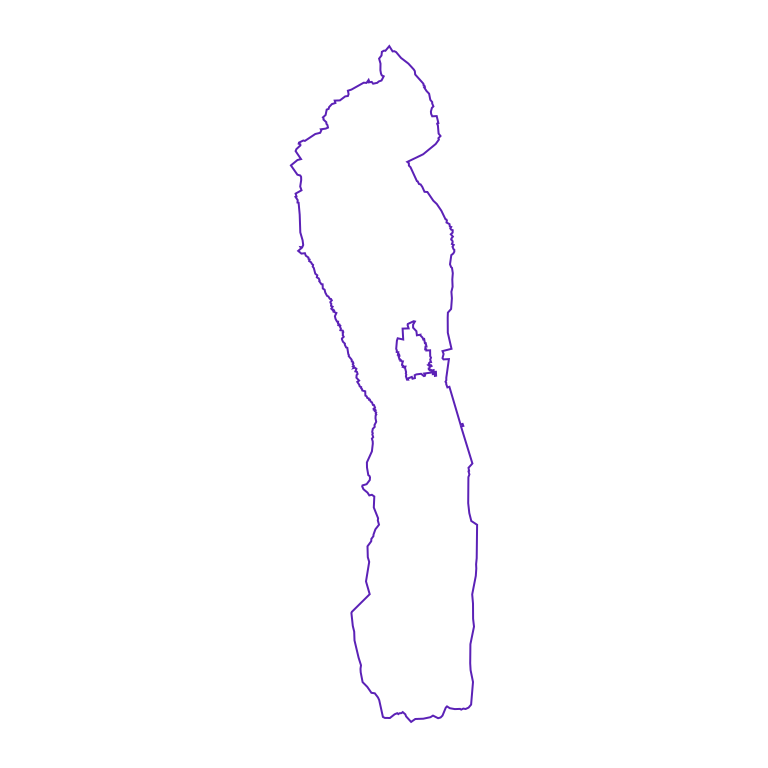 Ucea, Brasov, Romania
{"feature_id": "2599482B38717766097303", "entity_name": "Ucea", "entity_type": "district", "adm_level": 2, "iso_a3": "ROU", "parent_name": "Romania", "parent_adm1": "Brasov", "projection": "albers", "projection_center": [24.681, 45.719], "detail": "fine", "context": "isolated", "style": "outline", "palette": "violet", "viewbox_px": 768, "rotation_deg": 0, "n_neighbors": 0, "source": "geoboundaries", "source_scale": "gbopen_adm2", "svg_char_len": 6061}
<svg xmlns="http://www.w3.org/2000/svg" viewBox="0 0 768 768"><path d="M471.1,704.6L473.0,682.0L470.6,670.2L470.2,663.3L470.4,644.2L474.0,626.6L473.1,618.8L473.0,603.6L472.2,594.4L475.8,575.9L476.3,568.6L476.1,564.2L476.7,558.2L477.1,524.8L471.3,521.0L469.3,513.1L468.2,503.2L468.4,477.1L469.4,474.4L468.5,471.3L469.1,470.9L468.5,467.8L472.4,463.5L461.0,426.4L463.3,425.9L462.6,423.9L460.5,424.4L449.4,386.8L447.4,387.4L446.2,384.1L446.2,382.7L445.5,381.8L446.3,380.3L446.3,377.7L448.9,359.1L443.5,359.4L442.5,358.1L443.6,354.0L442.5,351.1L451.5,348.8L447.8,332.7L447.7,317.7L447.9,312.6L451.1,309.0L451.9,298.3L451.4,291.8L452.6,286.8L452.3,279.5L452.8,273.2L452.0,267.9L451.1,267.1L450.0,264.3L451.3,255.1L453.3,253.5L454.3,251.7L454.3,249.8L453.6,249.3L452.5,246.8L453.7,244.9L451.9,244.0L452.7,242.0L452.3,240.6L451.2,239.6L451.4,238.5L452.9,236.6L450.8,234.3L452.6,232.6L452.7,230.2L451.1,229.6L450.3,228.4L451.2,227.0L449.8,226.4L449.5,224.1L446.5,222.5L446.9,220.5L446.4,219.5L445.5,219.3L441.4,210.8L436.8,204.0L433.3,200.7L427.4,192.0L424.5,191.8L422.3,186.9L420.6,184.4L419.0,184.0L417.7,181.4L416.9,181.1L410.5,167.2L408.9,165.6L408.9,163.2L407.3,161.9L423.1,154.3L435.7,144.0L438.9,139.6L438.4,138.2L440.5,136.0L438.6,133.6L437.9,125.5L437.2,123.9L438.3,123.3L437.9,122.5L438.2,122.3L436.7,116.1L432.2,116.3L431.1,113.8L430.9,111.6L431.9,107.9L433.4,106.4L432.2,103.5L432.2,102.1L430.3,99.8L429.1,93.7L426.6,91.1L424.1,87.3L424.9,87.0L424.4,85.6L423.5,85.1L423.4,83.7L415.2,74.5L414.8,71.1L413.8,69.5L408.4,63.6L401.0,57.9L396.1,52.1L394.3,51.2L392.6,51.4L389.3,46.1L385.4,50.8L384.1,50.6L381.9,51.8L381.5,55.5L379.1,58.6L380.5,63.6L380.4,70.2L381.0,73.6L381.8,75.4L383.7,76.3L381.5,80.5L378.7,81.5L377.3,82.8L373.1,83.7L371.7,81.9L368.6,82.4L368.0,81.5L368.9,80.7L368.6,79.9L366.5,82.9L363.7,82.7L351.4,89.6L347.9,90.7L348.6,94.1L347.9,96.0L345.2,96.4L339.9,100.4L334.7,100.6L335.4,103.0L331.9,104.1L329.1,107.1L328.6,108.9L326.7,109.6L325.6,115.0L322.9,117.4L323.5,118.2L323.5,119.6L326.3,122.2L326.4,123.8L327.4,125.0L328.0,127.6L325.7,128.6L320.9,129.3L321.4,130.1L320.2,132.8L315.3,134.0L304.9,140.9L303.3,140.5L299.0,142.6L298.7,143.7L300.3,144.3L300.4,145.4L296.4,149.1L295.6,151.1L301.0,159.1L297.5,160.0L290.9,165.4L297.4,174.7L300.3,175.5L301.1,176.9L301.2,180.0L300.2,186.5L301.5,190.3L295.6,193.6L296.5,196.5L295.5,196.9L297.7,200.1L297.5,202.5L298.6,202.7L299.7,214.7L300.3,232.4L302.6,240.3L303.2,245.0L302.2,247.3L300.5,247.1L301.2,248.3L298.2,250.9L301.4,253.6L304.9,253.2L305.8,255.7L308.4,257.5L308.5,258.9L309.6,259.5L309.1,261.0L311.2,262.4L311.7,263.7L313.1,264.9L312.7,266.6L313.8,268.0L315.3,273.7L317.3,275.3L316.8,277.3L318.8,278.5L319.6,280.5L319.2,281.1L321.4,284.2L322.6,284.3L322.8,288.5L324.6,289.7L325.3,292.6L327.0,295.8L328.4,296.5L329.8,298.8L331.0,299.0L331.8,300.4L330.5,301.7L330.4,302.6L331.3,303.7L331.0,305.8L332.6,306.7L331.3,308.7L332.8,310.2L332.8,309.6L333.5,309.7L334.2,310.8L333.6,311.7L336.4,313.0L334.9,316.2L335.5,318.8L337.0,321.6L338.1,321.7L338.0,323.7L339.3,324.4L338.6,325.3L340.3,325.8L340.0,326.8L340.9,328.6L340.4,330.2L342.8,330.7L343.3,332.1L342.6,332.9L343.0,334.0L342.7,335.1L343.7,336.8L341.9,338.5L341.9,339.2L342.9,341.7L344.9,343.6L344.8,344.7L346.1,347.4L347.3,347.8L348.3,354.1L348.9,355.1L348.7,356.1L351.6,359.6L351.8,361.5L352.7,361.6L353.4,363.2L352.7,364.1L353.8,365.9L352.9,366.6L354.1,367.5L353.7,368.0L354.8,367.7L356.4,368.8L355.4,371.4L356.9,371.8L357.6,374.0L356.6,375.1L356.4,377.7L359.1,380.6L357.3,381.9L359.2,384.7L359.7,386.4L361.2,387.1L361.2,388.4L361.9,388.9L362.3,390.5L365.2,391.3L365.4,395.6L366.6,396.3L367.4,398.1L368.7,398.4L369.1,399.8L369.9,399.7L370.7,401.6L372.0,402.4L372.9,404.9L373.9,405.0L375.0,407.5L373.7,408.8L374.7,409.3L374.2,409.9L375.5,410.4L374.9,411.2L376.2,412.5L375.7,413.8L376.3,414.5L375.6,415.7L375.5,418.3L376.2,421.8L374.5,425.0L374.7,426.9L372.8,428.8L372.2,432.0L372.8,433.2L372.3,434.4L373.2,437.1L371.9,438.7L372.7,441.3L372.8,443.7L371.9,451.4L366.9,462.4L367.0,467.5L368.3,475.1L369.5,476.0L370.0,477.4L369.8,480.0L366.6,484.2L362.5,485.4L362.2,486.5L363.5,489.3L367.5,492.6L369.3,495.4L371.9,494.8L374.3,496.5L373.8,507.5L378.1,518.3L377.8,520.4L379.0,524.7L375.4,529.3L373.5,534.6L373.4,536.2L371.4,538.8L371.2,541.3L367.5,546.3L367.8,557.2L369.2,561.9L366.0,581.4L369.7,594.2L351.9,611.8L351.4,613.0L352.8,625.9L354.2,631.7L354.5,640.4L358.6,657.7L361.0,665.3L360.5,668.8L360.7,672.3L362.6,682.1L367.3,686.9L371.4,692.8L374.8,693.3L378.0,697.5L379.2,700.1L382.9,716.9L384.8,717.9L389.9,718.0L394.6,714.3L397.2,713.2L398.3,714.1L399.4,713.3L401.5,713.1L402.7,712.1L405.3,714.3L406.1,716.4L411.1,721.9L415.3,719.0L423.3,718.7L430.4,717.2L433.0,715.6L438.1,718.2L440.6,717.5L442.5,715.6L445.8,707.6L447.0,706.4L449.8,708.2L454.8,709.1L460.0,708.9L461.2,709.6L463.3,708.6L465.6,709.0L468.6,707.6L471.1,704.6ZM413.7,321.2L414.9,321.5L413.1,324.6L413.1,327.7L416.4,331.2L416.9,335.3L420.4,334.7L420.3,335.3L422.6,337.7L423.3,339.5L424.2,339.1L424.9,343.2L425.7,343.1L426.5,346.5L425.5,346.6L425.2,349.3L426.2,349.3L426.3,350.5L430.1,350.3L430.2,356.2L431.0,357.7L430.2,359.6L431.0,362.1L429.9,362.2L428.9,363.3L429.4,364.4L428.2,365.0L429.4,365.9L430.9,365.2L431.5,366.0L429.7,366.9L429.4,368.3L428.7,368.5L428.8,369.4L430.5,369.8L430.2,370.4L431.0,370.6L433.6,370.1L433.6,370.9L432.6,371.0L432.6,372.0L435.9,371.8L436.1,375.7L434.9,375.9L434.6,373.8L432.9,374.1L433.1,372.7L432.7,372.4L424.3,373.5L425.2,374.8L424.9,375.8L423.9,376.1L421.1,373.8L416.4,374.4L414.7,375.2L414.9,378.1L412.5,378.7L411.8,376.9L407.6,378.6L408.1,379.7L407.0,379.7L405.9,376.2L406.3,374.7L405.8,373.4L406.1,372.2L405.0,367.7L405.4,366.6L404.6,366.6L404.5,368.5L404.4,367.2L402.7,366.9L403.0,365.6L402.0,365.0L402.0,364.4L402.8,361.6L402.2,361.7L401.3,360.4L400.4,360.7L400.1,359.4L399.5,359.4L398.5,356.1L399.4,356.0L399.4,355.3L399.0,354.4L397.9,354.6L398.3,352.2L396.7,352.0L396.8,350.4L396.2,348.8L396.9,340.7L397.7,338.3L403.2,339.5L402.6,328.6L408.6,328.4L407.6,325.1L407.8,324.0L413.7,321.2Z" fill="none" stroke="#5b21b6" stroke-width="2"/></svg>